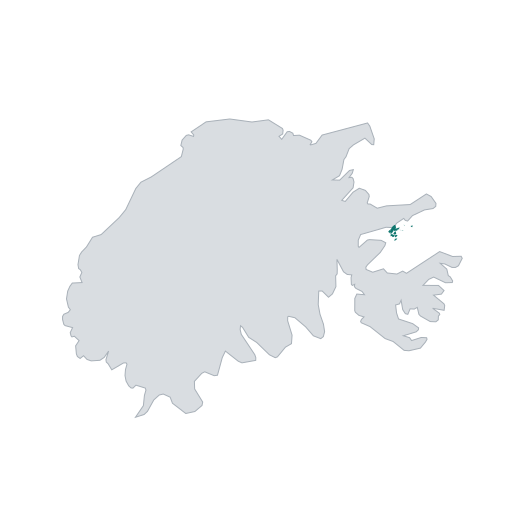 Stykkishólmsbær, Vesturland, Iceland shown in context, rotated 169°
{"feature_id": "244011B37463664010444", "entity_name": "Stykkishólmsbær", "entity_type": "district", "adm_level": 2, "iso_a3": "ISL", "parent_name": "Iceland", "parent_adm1": "Vesturland", "projection": "orthographic", "projection_center": [-22.794, 65.108], "detail": "fine", "context": "in_parent", "style": "filled", "palette": "teal", "viewbox_px": 512, "rotation_deg": 169, "n_neighbors": 0, "source": "geoboundaries", "source_scale": "gbopen_adm2", "svg_char_len": 7247}
<svg xmlns="http://www.w3.org/2000/svg" viewBox="0 0 512 512"><g transform="rotate(169 256 256)"><path d="M373.4,138.2L377.5,138.0L383.8,134.2L392.2,124.2L396.0,121.8L405.1,120.7L395.1,130.6L392.1,140.5L389.6,145.4L389.9,147.5L398.5,152.1L402.0,149.8L403.8,150.3L405.7,152.8L407.4,158.0L407.4,163.6L405.8,169.4L403.3,174.4L403.9,175.9L406.5,176.3L419.3,171.8L421.7,178.4L423.2,180.5L423.1,182.8L418.8,190.8L424.4,185.4L429.1,183.4L437.8,184.5L441.6,186.7L444.3,191.0L448.2,189.0L450.5,191.4L451.0,194.2L450.2,202.2L445.8,206.7L449.6,211.9L452.1,211.7L452.8,212.9L453.0,216.2L449.7,220.7L456.7,224.1L457.7,225.6L458.0,230.6L457.4,233.6L455.7,235.5L451.1,236.5L448.5,238.7L449.9,241.6L450.2,250.1L447.5,257.5L444.5,261.7L441.5,264.5L431.8,263.1L432.9,269.0L430.1,273.1L431.1,276.1L432.5,277.5L432.4,281.5L429.2,290.2L426.4,293.2L420.7,297.2L412.9,305.6L403.9,306.6L383.1,319.7L375.0,326.4L361.1,345.2L354.9,350.4L343.7,353.6L310.3,367.8L307.0,374.9L306.9,376.4L308.7,378.8L306.4,383.9L301.4,387.7L299.0,387.8L294.5,385.3L294.0,386.7L296.0,390.2L279.4,397.2L255.6,395.5L234.4,388.3L217.8,387.3L205.7,376.1L205.4,374.3L206.5,370.7L210.6,369.1L208.5,365.6L201.7,372.0L199.4,371.9L196.4,369.5L196.2,367.1L190.3,366.3L180.1,359.2L179.3,357.5L181.6,355.0L181.2,354.6L175.7,355.1L168.0,362.1L121.1,365.3L119.5,361.7L117.6,348.4L119.2,342.8L121.1,343.3L126.6,350.9L139.1,346.5L144.1,343.6L148.7,336.3L151.3,333.9L155.0,324.6L158.7,318.9L166.5,316.1L159.4,314.5L147.9,322.1L144.0,322.2L145.7,318.9L149.7,315.2L146.9,315.0L145.9,313.4L145.7,309.9L147.7,304.4L161.2,294.3L158.0,292.5L148.6,300.1L141.7,302.8L136.1,299.5L133.4,294.8L133.5,292.8L136.7,286.9L136.2,285.7L134.0,285.2L127.9,279.8L118.3,280.3L94.8,277.1L76.9,284.4L72.7,280.9L69.3,273.3L70.1,270.4L73.2,268.8L81.8,269.1L94.7,265.8L100.5,261.4L102.7,262.5L103.8,264.7L111.6,261.4L115.8,257.6L122.8,259.4L149.2,257.1L152.6,252.0L153.8,246.0L153.2,244.8L143.6,250.4L141.4,250.4L130.2,247.5L126.1,244.2L127.5,241.6L133.3,235.8L148.2,226.1L150.3,224.1L150.5,221.8L144.5,217.8L133.3,219.1L130.4,214.3L121.1,211.4L114.9,213.2L111.6,210.3L74.9,225.3L63.1,218.0L54.7,216.6L54.0,214.4L59.1,207.8L62.4,206.7L65.8,207.4L72.2,212.2L76.6,213.7L71.2,206.7L71.0,200.1L69.3,198.4L67.7,194.0L68.4,192.5L75.1,193.6L85.6,201.4L90.9,200.1L97.7,195.3L82.5,192.3L78.0,186.2L81.3,183.2L89.2,183.7L80.6,173.2L80.2,171.4L81.7,166.8L92.6,171.0L86.9,164.8L86.8,163.4L88.4,162.3L89.3,158.5L92.0,157.1L97.5,158.4L105.9,165.6L107.2,167.6L107.5,174.8L110.8,173.7L114.8,174.7L118.1,169.8L120.4,170.9L122.2,175.3L122.0,184.9L124.3,181.6L128.3,181.3L128.9,173.3L128.1,167.0L115.1,159.7L110.1,154.4L110.7,152.6L113.2,151.0L126.6,149.6L120.8,146.5L119.4,143.3L109.3,144.5L104.1,143.2L104.0,141.6L106.1,139.2L112.2,134.2L123.9,133.8L128.6,135.1L137.7,145.9L145.0,150.3L157.5,164.9L165.4,170.4L165.8,171.8L164.6,173.6L161.6,175.6L166.3,178.1L169.2,181.8L169.5,183.5L167.1,195.5L164.3,199.4L156.9,197.3L158.7,201.0L164.0,205.0L165.3,207.2L164.5,209.4L167.0,208.7L167.8,209.9L166.8,216.7L165.6,219.2L170.0,220.5L173.1,223.8L177.2,237.3L178.9,226.8L179.8,222.9L181.6,221.4L183.4,210.7L188.2,204.2L192.7,201.7L197.7,209.0L201.1,209.6L204.2,196.4L204.3,186.7L202.8,176.2L203.1,168.6L205.3,164.0L208.2,162.5L214.9,166.7L220.8,177.0L229.6,188.0L235.5,190.6L236.5,190.2L237.3,186.4L235.7,171.4L237.9,163.2L244.5,160.9L254.2,152.9L256.5,152.5L261.7,156.5L271.8,171.0L278.7,177.6L282.8,188.5L284.5,190.5L285.6,186.9L285.4,181.9L276.0,159.3L275.6,156.2L276.2,153.6L290.2,153.8L293.5,156.1L304.2,168.5L308.5,162.7L316.6,146.3L319.9,146.5L328.4,152.1L331.6,151.2L340.4,144.7L341.6,137.2L336.2,122.8L337.5,119.6L345.7,115.0L355.0,114.8L366.1,127.4L367.2,133.8L373.4,138.2Z" fill="#d9dde1" stroke="#a8b0b8" stroke-width="1"/><path d="M116.7,257.3L116.5,257.2L116.7,256.9L116.9,256.8L117.4,256.5L117.5,256.4L117.6,256.5L117.7,256.4L118.1,256.1L118.4,255.8L118.5,255.7L118.5,255.4L118.4,255.4L118.6,255.3L118.7,255.2L118.8,255.2L118.6,255.1L118.4,255.0L118.2,255.1L118.3,254.9L118.3,255.0L118.4,254.9L118.3,254.7L118.2,254.6L118.3,254.5L118.1,254.5L118.2,254.8L118.1,254.7L118.1,254.8L118.1,254.7L118.1,254.8L118.0,254.7L117.9,254.7L117.9,254.8L117.6,255.0L117.5,255.3L117.4,255.2L117.3,255.3L117.1,255.4L117.2,255.5L117.3,255.4L117.3,255.5L117.1,255.6L117.3,255.6L117.2,255.8L117.1,256.0L116.4,256.5L116.2,256.5L116.0,256.8L115.8,257.3L115.5,257.5L115.4,257.7L114.9,258.1L114.7,258.3L115.1,258.1L114.9,258.3L114.7,258.5L114.4,258.7L114.3,258.8L114.2,258.7L114.3,258.5L114.7,258.1L114.8,258.0L114.9,257.9L115.1,257.8L114.9,257.8L114.7,257.8L114.4,258.2L114.2,258.2L114.2,258.3L114.0,258.5L113.9,258.5L113.8,258.8L114.2,259.2L115.6,258.5L116.6,257.7L116.7,257.3ZM117.5,254.4L117.4,254.4L117.2,254.5L116.9,254.9L116.9,255.0L116.6,255.1L116.8,255.1L117.0,255.2L117.3,255.0L117.2,255.2L117.4,255.0L117.5,255.0L117.6,254.8L117.5,254.6L117.6,254.4L117.5,254.5L117.5,254.4ZM119.1,250.5L118.7,250.5L118.4,250.5L118.5,250.9L118.9,250.8L118.9,250.7L119.0,250.7L119.1,250.5ZM115.2,248.7L114.8,248.8L114.7,249.0L114.8,249.0L114.9,248.9L115.0,248.8L115.1,249.0L115.3,249.0L115.3,248.8L115.2,248.7ZM117.7,249.3L117.4,249.3L117.3,249.6L117.2,249.7L117.2,249.8L117.3,249.8L117.3,249.7L117.5,249.6L117.7,249.4L117.7,249.3ZM120.0,254.9L119.8,254.8L119.7,255.0L119.6,255.3L119.7,255.2L119.8,255.2L120.0,255.0L120.1,254.9L120.0,254.9ZM114.5,257.5L114.8,257.2L114.7,257.1L114.3,257.4L114.5,257.5ZM115.5,252.1L115.3,252.1L115.0,252.4L115.0,252.5L115.2,252.4L115.4,252.2L115.5,252.1ZM115.7,256.3L115.4,256.4L115.2,256.6L115.3,256.6L115.5,256.5L115.6,256.4L115.8,256.4L115.7,256.3L115.7,256.3ZM120.2,254.6L120.0,254.8L120.2,254.7L120.2,254.6ZM115.0,256.7L114.8,256.6L114.7,256.7L114.8,256.7L115.0,256.7ZM113.7,255.8L113.5,256.0L113.7,255.9L113.7,255.8ZM111.5,255.6L111.3,255.7L111.2,255.8L111.4,255.8L111.6,255.7L111.5,255.6ZM107.3,253.4L107.3,253.1L107.3,253.3L107.3,253.4ZM115.1,255.5L115.3,255.4L115.2,255.3L115.1,255.5ZM118.0,249.7L117.9,249.5L117.7,249.6L118.0,249.7ZM119.9,254.2L119.8,254.3L119.9,254.2ZM113.9,255.1L114.0,255.0L113.8,255.0L113.9,255.1ZM115.1,256.8L115.2,256.7L114.9,256.8L115.0,256.8L115.1,256.8ZM117.8,254.3L117.7,254.5L117.8,254.5L117.7,254.5L117.8,254.5L117.9,254.4L117.8,254.3ZM97.6,255.3L97.6,255.1L97.5,255.3L97.6,255.3ZM117.8,254.2L117.7,254.1L117.6,254.3L117.7,254.2L117.8,254.2ZM117.5,249.8L117.6,249.7L117.5,249.8ZM114.3,254.8L114.5,254.8L114.4,254.8L114.3,254.8ZM114.7,249.3L114.8,249.2L114.6,249.3L114.8,249.4L114.7,249.3ZM113.9,255.2L113.8,255.3L113.9,255.2L113.9,255.2ZM104.7,257.7L104.5,257.8L104.7,257.7ZM118.9,253.3L118.9,253.2L118.8,253.3L118.9,253.3ZM115.8,245.5L115.7,245.5L115.8,245.5L115.7,245.6L115.8,245.6L115.8,245.5ZM116.2,250.7L116.4,250.7L116.2,250.7ZM109.4,254.1L109.5,254.0L109.4,254.1ZM114.7,255.3L114.8,255.3L114.8,255.2L114.7,255.2L114.7,255.3ZM97.6,255.0L97.7,254.9L97.6,255.0ZM113.2,258.1L113.3,258.1L113.2,258.1L113.2,258.1ZM112.6,255.5L112.6,255.4L112.5,255.5L112.6,255.5ZM116.0,256.3L116.0,256.2L116.0,256.3ZM119.5,254.5L119.4,254.5L119.5,254.5ZM114.3,254.4L114.2,254.3L114.3,254.4L114.3,254.4ZM115.3,250.6L115.2,250.6L115.3,250.6ZM114.9,251.5L115.0,251.5L114.9,251.6L114.9,251.5ZM119.0,250.1L118.9,250.0L119.0,250.1ZM115.2,252.9L115.4,252.9L115.2,252.9Z" fill="#14b8a6" stroke="#0f766e" stroke-width="1.5"/></g></svg>